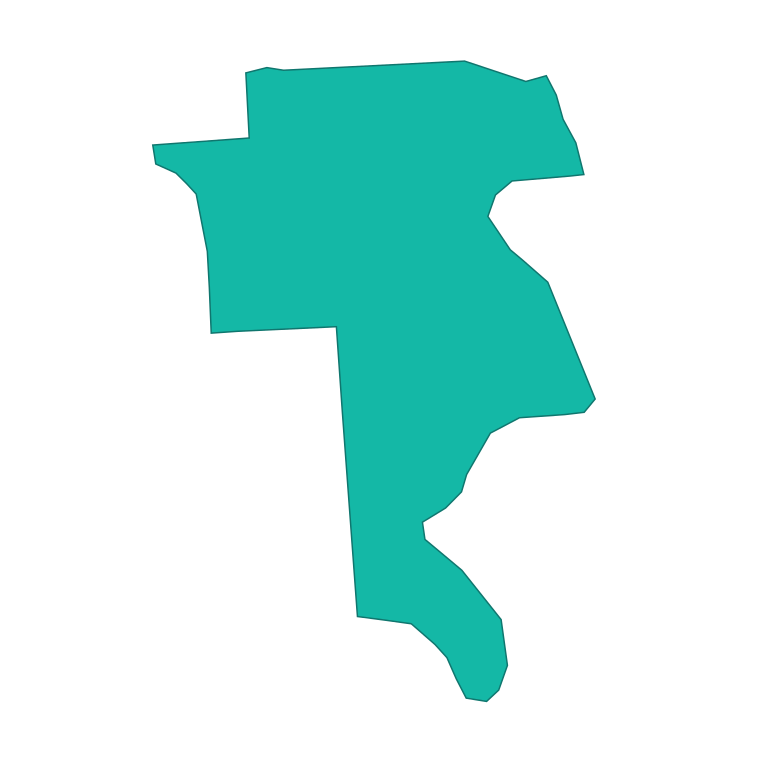 Santa Tereza, Rio Grande do Sul, Brazil (Albers equal-area conic projection), rotated 176°
{"feature_id": "56859067B96458106097451", "entity_name": "Santa Tereza", "entity_type": "district", "adm_level": 2, "iso_a3": "BRA", "parent_name": "Brazil", "parent_adm1": "Rio Grande do Sul", "projection": "albers", "projection_center": [-51.714, -29.146], "detail": "fine", "context": "isolated", "style": "filled", "palette": "teal", "viewbox_px": 768, "rotation_deg": 176, "n_neighbors": 0, "source": "geoboundaries", "source_scale": "gbopen_adm2", "svg_char_len": 802}
<svg xmlns="http://www.w3.org/2000/svg" viewBox="0 0 768 768"><g transform="rotate(176 384 384)"><path d="M558.1,586.6L551.0,528.6L551.5,492.9L552.8,446.8L526.7,446.8L427.5,444.5L427.5,357.5L426.7,153.9L398.1,148.1L373.5,142.9L351.2,120.5L340.3,106.6L332.5,84.9L323.9,64.9L303.8,60.2L290.9,70.7L280.5,94.7L283.6,140.8L319.3,192.7L336.5,209.3L354.0,226.1L355.3,243.5L331.2,256.0L314.2,271.0L307.9,287.9L281.3,327.6L251.2,340.9L205.8,340.9L186.3,341.8L174.4,354.3L213.5,474.1L237.0,497.8L248.7,509.1L268.7,543.9L259.6,564.8L242.1,577.6L183.1,578.5L170.0,579.0L175.8,611.2L186.9,635.6L192.0,660.2L200.6,680.2L221.4,675.9L281.1,700.5L462.3,704.0L478.8,707.8L500.1,704.0L501.3,638.8L598.0,638.5L596.3,619.4L576.8,608.9L566.9,597.6L558.1,586.6Z" fill="#14b8a6" stroke="#0f766e" stroke-width="1.5"/></g></svg>